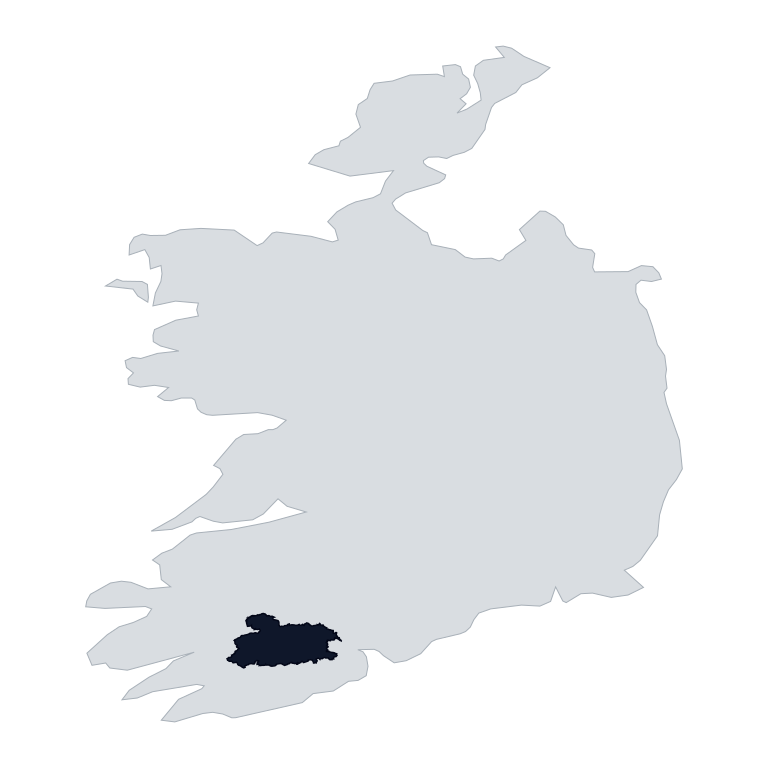 Macroom Lea-6, Cork, Ireland shown in context
{"feature_id": "5873133B25756375031462", "entity_name": "Macroom Lea-6", "entity_type": "district", "adm_level": 2, "iso_a3": "IRL", "parent_name": "Ireland", "parent_adm1": "Cork", "projection": "robinson", "projection_center": [-8.909, 51.94], "detail": "fine", "context": "in_parent", "style": "filled", "palette": "ink", "viewbox_px": 768, "rotation_deg": 0, "n_neighbors": 0, "source": "geoboundaries", "source_scale": "gbopen_adm2", "svg_char_len": 9628}
<svg xmlns="http://www.w3.org/2000/svg" viewBox="0 0 768 768"><path d="M515.8,92.5L494.7,103.4L491.5,107.5L485.6,124.6L485.0,129.4L471.8,148.4L464.3,152.3L453.1,155.4L446.7,158.5L438.7,156.9L428.5,157.2L423.4,160.6L423.7,163.2L426.8,166.2L445.7,174.9L444.6,178.6L439.3,182.7L405.6,192.9L395.6,199.1L392.1,203.2L395.7,210.0L422.8,230.5L427.4,232.7L431.5,244.7L455.3,249.6L465.1,257.1L473.5,258.9L491.8,258.2L499.1,261.0L503.3,258.9L505.6,255.0L525.9,240.4L519.4,229.6L539.9,211.1L545.5,211.3L555.3,217.0L563.3,224.8L566.0,235.4L573.6,244.8L578.5,248.1L591.7,250.0L594.8,253.7L592.6,267.4L594.6,271.9L628.1,271.6L641.4,265.6L652.9,266.7L658.8,272.8L661.4,279.1L651.5,281.5L641.0,280.2L636.0,284.4L635.8,292.3L639.5,302.6L646.6,309.9L652.4,326.4L657.4,344.7L664.7,355.7L666.5,369.4L665.5,376.1L667.0,388.2L664.0,392.4L666.5,403.8L679.4,440.3L682.3,468.9L676.4,479.6L668.5,489.8L663.4,501.8L659.6,514.8L657.5,535.8L640.3,560.3L632.9,566.4L624.3,570.2L643.5,587.4L628.1,595.0L611.3,597.4L592.5,593.1L580.9,593.7L566.2,602.6L562.8,601.0L555.6,586.9L550.6,601.4L539.9,606.1L521.5,605.1L490.7,608.9L478.8,613.1L473.9,619.6L470.3,627.1L465.6,631.5L460.1,633.8L436.3,639.4L431.6,641.6L420.7,653.7L406.2,660.7L394.2,662.8L383.5,655.7L379.1,651.5L374.2,649.3L357.8,649.7L363.0,651.8L366.4,656.8L368.0,666.3L366.2,675.7L358.1,680.4L348.5,681.3L333.3,691.0L313.1,693.6L302.3,702.6L235.6,717.7L231.8,717.8L222.7,714.0L212.7,712.3L202.8,713.5L174.8,721.9L161.3,720.2L178.6,699.3L201.8,688.7L204.2,685.8L196.7,684.4L152.7,691.7L137.3,698.0L122.0,699.8L129.2,690.3L149.0,677.2L166.0,668.6L173.4,660.9L194.2,652.2L127.3,670.2L109.8,668.0L105.7,663.0L92.0,665.3L86.9,653.2L107.3,634.7L119.1,626.8L133.2,622.5L146.7,616.4L151.7,608.9L145.4,606.5L105.0,608.4L85.7,606.8L86.8,600.9L90.4,594.3L110.5,583.0L121.4,581.2L131.0,582.3L148.0,588.9L170.7,586.8L161.3,579.6L159.7,564.9L152.5,560.0L161.8,553.2L172.4,549.1L190.1,535.1L196.4,533.0L231.3,529.5L269.0,522.2L306.2,512.0L287.1,506.3L278.0,498.8L263.3,514.0L252.7,519.8L222.7,522.9L213.3,521.2L199.9,516.5L195.8,518.3L191.9,521.9L172.1,529.3L151.2,531.1L175.5,517.5L206.3,494.3L213.2,487.0L222.9,474.3L219.9,468.6L213.6,465.4L235.9,439.2L243.7,434.5L257.9,433.7L268.4,429.6L273.0,429.6L277.1,428.0L286.2,420.2L272.1,415.2L257.6,412.6L212.6,415.3L206.7,414.7L201.1,412.3L197.5,408.9L194.8,400.0L191.6,398.0L181.4,398.0L171.4,400.7L164.4,400.4L157.6,396.6L168.6,387.5L154.5,385.3L140.2,387.1L128.4,384.3L128.0,378.6L133.5,372.9L126.5,367.6L125.1,360.7L132.6,357.4L140.8,358.5L157.5,353.4L178.9,351.0L160.6,346.0L153.3,341.7L153.0,335.2L154.5,329.6L175.8,320.2L198.4,316.0L196.7,309.8L198.4,303.1L175.5,301.1L152.9,305.9L155.4,293.0L160.9,281.4L162.0,273.7L161.0,265.5L150.4,269.0L149.2,257.5L144.8,249.6L129.1,255.0L129.6,244.6L134.1,237.3L142.3,234.1L150.4,235.5L165.5,235.3L180.0,229.8L200.9,228.4L234.2,230.1L257.1,245.6L263.0,242.9L272.2,233.1L276.5,232.0L311.0,236.3L332.4,241.9L338.2,240.1L335.1,229.3L327.7,221.7L336.9,211.9L348.1,205.2L355.7,201.9L373.0,197.7L380.5,193.8L385.5,181.1L393.5,170.6L350.0,176.1L308.6,163.5L315.2,154.7L323.9,149.7L338.9,145.8L340.4,141.2L348.0,137.4L360.5,127.3L355.9,114.1L358.3,104.6L367.3,98.5L370.1,89.7L374.1,83.3L392.5,81.0L410.1,75.0L437.3,74.2L444.4,76.6L442.7,66.0L455.4,64.6L460.5,66.7L462.7,74.2L468.6,79.0L470.4,87.3L466.6,93.8L460.1,98.7L466.1,103.8L457.0,113.1L466.9,109.1L481.1,100.1L480.3,92.8L477.7,83.5L473.7,75.2L475.4,66.0L483.4,60.3L504.3,57.4L495.6,47.0L503.2,46.1L511.6,48.2L523.9,56.4L550.0,67.7L537.4,77.8L521.9,84.8L515.8,92.5ZM148.4,297.3L147.8,302.2L137.8,296.0L133.0,289.1L105.5,286.0L117.0,279.2L122.6,281.2L142.0,281.5L147.4,284.4L148.4,297.3Z" fill="#d9dde1" stroke="#a8b0b8" stroke-width="1"/><path d="M251.3,615.9L251.0,616.6L250.7,616.5L250.3,616.9L250.2,617.3L249.9,617.1L249.8,617.5L249.4,617.4L249.0,617.6L248.6,617.7L248.3,617.5L248.3,617.8L248.0,617.7L247.8,617.9L247.8,618.1L247.6,618.1L247.8,618.4L247.6,618.9L247.3,618.9L247.3,619.2L246.7,619.5L246.8,619.7L246.6,619.7L246.6,620.0L246.4,620.2L246.5,620.3L246.2,620.7L246.4,621.1L246.2,621.1L246.3,621.3L246.2,621.8L246.7,622.4L246.6,623.2L247.5,626.3L250.1,626.0L251.2,625.7L251.5,625.4L251.5,626.2L252.0,627.8L254.3,629.1L254.3,629.5L254.5,629.4L254.5,629.2L254.8,629.0L255.1,629.3L255.3,629.1L255.3,629.3L255.8,629.2L257.8,629.5L259.3,629.0L260.3,630.6L260.1,631.0L259.5,631.7L259.1,631.7L258.8,632.5L258.3,633.0L257.6,633.3L255.1,632.7L253.9,633.3L252.3,633.3L251.3,633.1L249.9,633.3L248.7,634.1L247.3,634.6L244.4,635.2L244.0,635.5L241.5,635.6L240.8,636.4L240.5,637.3L237.9,638.1L236.6,639.1L234.9,639.7L234.3,640.4L234.7,640.5L234.6,641.0L235.1,642.0L234.9,642.8L235.1,643.6L236.1,644.7L237.3,645.2L237.3,645.4L237.0,645.5L237.0,646.2L236.6,646.5L236.8,647.2L237.7,647.4L238.5,648.0L238.9,648.5L238.2,648.7L237.3,650.3L236.6,650.8L236.0,650.9L235.1,651.4L235.3,652.6L234.3,653.3L234.5,653.7L231.9,655.2L231.6,655.2L231.8,656.1L231.7,656.5L231.3,657.0L229.3,657.6L228.5,657.5L227.5,658.8L227.1,658.8L227.6,660.3L228.6,660.5L228.9,661.1L229.5,661.3L231.6,661.2L232.1,661.5L232.9,662.7L233.2,662.8L236.5,662.3L236.9,662.5L237.4,663.4L237.8,664.5L238.0,664.7L238.8,665.3L240.0,665.6L241.6,666.6L242.2,667.2L243.8,667.9L245.1,667.3L244.8,666.2L245.5,665.5L246.5,665.3L247.0,664.9L248.6,664.6L248.9,663.9L251.8,663.5L252.1,663.8L254.1,664.0L254.9,663.0L255.1,662.2L254.8,662.1L255.0,661.7L255.2,661.8L256.8,660.5L258.7,660.8L258.6,661.2L258.2,661.3L258.6,661.5L258.6,661.8L257.6,662.4L257.2,662.8L257.4,663.1L257.3,663.3L257.6,663.5L257.0,664.1L257.0,664.4L258.7,664.2L258.8,664.3L258.8,664.6L259.5,665.3L259.4,665.5L260.1,665.4L260.8,665.6L261.6,665.3L264.1,665.3L265.8,665.0L265.9,664.4L266.3,664.9L266.7,665.1L267.6,665.0L267.8,664.8L268.7,665.1L269.7,665.1L270.2,665.9L271.8,666.2L274.9,665.8L275.6,665.4L275.7,665.0L276.4,664.7L276.4,664.4L277.1,664.0L280.5,663.5L281.6,663.8L282.0,663.6L282.4,663.9L282.3,664.1L282.7,664.4L284.6,665.4L286.6,664.7L287.1,664.6L287.4,664.3L287.6,663.8L288.8,663.9L289.3,663.6L289.3,663.3L290.5,662.8L290.9,662.4L291.4,662.5L291.8,662.3L292.1,662.6L292.2,663.2L292.9,663.1L294.7,663.6L296.4,663.4L296.6,663.6L296.7,664.2L297.5,664.2L297.2,663.1L297.4,662.8L297.6,663.2L297.4,663.3L297.6,663.5L298.3,663.4L298.4,663.0L298.9,663.2L299.4,663.2L299.8,662.8L300.9,662.5L301.3,661.6L302.0,661.2L302.6,661.5L303.3,662.5L303.7,662.5L308.0,661.1L308.2,660.9L307.9,660.3L308.1,660.2L310.4,659.7L312.1,660.1L313.4,661.9L313.5,662.3L313.4,662.6L313.5,663.0L313.9,663.1L315.3,662.7L316.1,662.9L316.1,662.7L316.4,662.2L316.4,661.9L316.2,661.6L316.5,661.3L316.8,661.5L317.0,661.3L317.1,660.6L316.6,660.2L316.3,659.3L316.1,659.1L317.6,658.3L318.4,658.2L318.9,658.4L319.9,659.4L320.0,659.0L320.8,658.7L321.5,658.5L322.2,658.7L323.8,657.6L324.7,657.5L325.1,657.6L325.7,658.0L327.3,657.9L328.3,658.1L328.7,658.7L329.9,659.7L332.0,659.6L331.9,659.2L332.3,658.9L333.7,658.9L333.5,657.8L333.9,657.2L334.9,656.7L336.0,656.6L337.0,655.4L336.7,654.9L336.4,654.4L336.7,653.8L336.1,653.6L335.8,653.7L335.2,653.5L334.9,653.1L334.5,653.2L334.3,652.8L333.2,652.8L333.1,652.5L331.4,652.4L328.3,651.5L326.5,651.5L326.5,651.2L326.8,651.1L326.6,650.7L327.0,650.5L326.7,650.1L326.9,649.8L327.4,649.8L327.1,649.6L326.9,648.9L326.4,648.1L326.8,647.6L327.7,647.3L327.6,647.1L327.9,646.6L327.5,646.6L327.1,645.6L326.7,645.6L327.1,644.9L327.3,644.8L327.3,644.6L327.6,644.5L327.5,643.6L327.0,643.1L327.0,642.6L326.4,642.5L327.0,641.8L326.9,641.7L327.1,641.4L326.9,641.3L327.0,641.1L327.4,641.2L327.2,640.5L327.3,640.2L327.6,640.1L328.8,640.3L329.0,640.5L330.5,640.7L331.1,639.6L332.0,639.9L332.6,639.8L332.9,640.0L333.1,639.8L333.2,640.0L333.8,639.9L334.1,639.9L334.8,638.9L334.7,638.5L334.9,638.3L334.7,638.1L334.9,638.0L334.8,637.8L335.1,637.6L335.2,637.9L335.6,638.2L336.7,638.3L336.9,638.5L338.3,639.0L339.8,640.3L340.4,640.5L341.0,640.4L341.5,641.3L341.8,641.5L341.5,641.3L341.2,640.7L340.7,640.0L339.9,639.5L339.5,638.7L339.2,637.7L337.6,637.4L337.2,636.1L336.9,635.9L336.7,636.0L336.6,635.6L336.2,635.2L336.4,634.0L336.1,633.7L336.5,633.5L336.6,632.7L336.1,632.5L335.6,632.6L334.8,633.2L333.3,633.4L333.2,633.2L333.2,632.9L333.3,632.9L333.1,632.4L333.2,632.0L333.0,631.8L333.3,631.2L333.2,630.5L331.8,630.4L330.4,629.8L329.5,629.8L328.5,629.3L326.9,628.9L326.2,628.3L326.1,627.8L326.3,627.7L324.5,626.8L323.7,626.1L323.2,626.0L323.5,625.8L323.2,625.1L321.5,625.1L320.8,625.3L320.4,625.0L320.1,623.8L319.6,623.4L319.4,623.6L319.5,623.9L319.4,624.2L319.0,624.4L318.7,624.7L317.6,624.8L317.6,625.0L317.3,624.8L317.3,625.0L315.1,625.5L313.6,625.6L312.7,626.0L311.5,626.1L310.7,625.3L310.3,625.3L309.9,624.8L309.3,624.7L308.9,624.3L308.9,623.7L308.6,623.5L306.7,622.9L305.6,623.7L304.4,624.1L304.4,624.3L304.1,624.6L304.1,625.4L303.4,625.3L302.4,624.4L301.5,625.2L300.2,625.3L299.6,625.0L299.2,624.4L297.3,625.3L295.2,625.3L294.5,625.0L292.6,624.8L291.6,624.8L289.7,625.3L289.3,623.9L287.6,624.5L287.4,624.7L287.6,625.6L284.7,625.6L283.2,626.6L281.8,626.2L280.1,626.7L279.4,625.8L278.9,624.6L278.9,622.1L278.1,620.7L277.8,620.5L277.1,620.5L276.2,620.1L273.5,619.6L273.0,619.0L272.6,618.0L272.6,617.4L273.0,617.6L274.2,617.2L272.0,616.2L271.1,616.5L270.3,616.4L270.0,616.2L269.4,615.8L269.0,615.9L268.8,615.6L267.6,615.7L267.3,616.0L266.9,616.1L266.3,615.5L266.2,615.0L265.7,614.5L265.1,614.3L265.0,613.9L264.1,613.8L263.4,613.5L261.9,613.7L261.3,614.3L259.7,614.6L259.2,615.2L258.7,614.9L258.2,615.0L257.8,614.8L257.5,615.1L257.5,615.4L256.8,615.3L255.7,615.8L254.7,615.6L254.0,616.1L253.8,615.7L253.4,615.6L253.1,615.9L253.2,615.6L252.9,615.5L252.7,615.8L252.2,615.8L252.3,616.1L252.0,616.1L251.9,615.8L251.3,615.9Z" fill="#0f172a" stroke="#020617" stroke-width="1.5"/></svg>